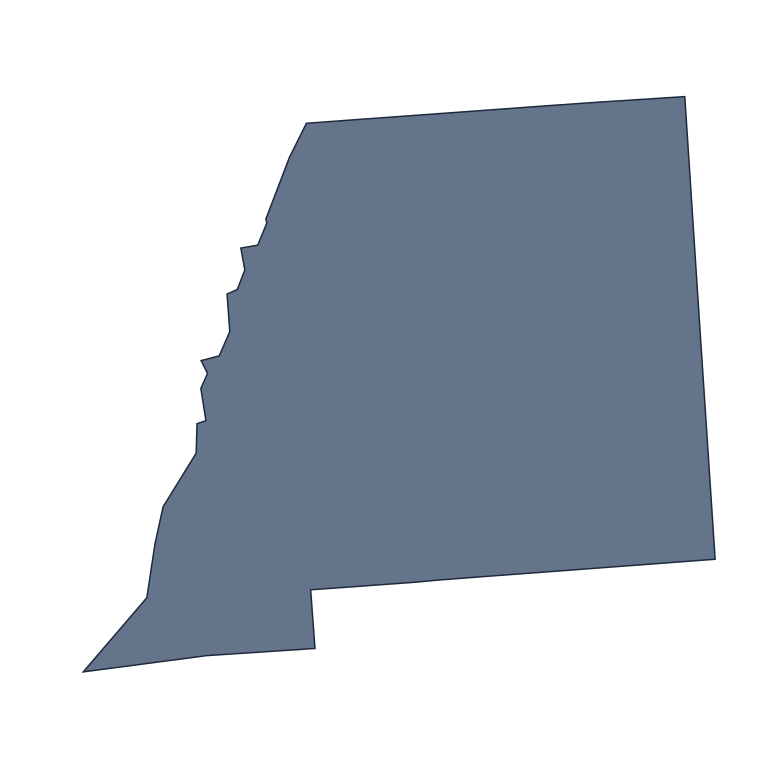 outline of Attala, Mississippi, United States of America, rotated 356°
{"feature_id": "52423323B11508580197102", "entity_name": "Attala", "entity_type": "district", "adm_level": 2, "iso_a3": "USA", "parent_name": "United States of America", "parent_adm1": "Mississippi", "projection": "equal_earth", "projection_center": [-89.691, 33.083], "detail": "fine", "context": "isolated", "style": "filled", "palette": "slate", "viewbox_px": 768, "rotation_deg": 356, "n_neighbors": 0, "source": "geoboundaries", "source_scale": "gbopen_adm2", "svg_char_len": 590}
<svg xmlns="http://www.w3.org/2000/svg" viewBox="0 0 768 768"><g transform="rotate(356 384 384)"><path d="M702.1,581.9L702.8,406.5L703.0,349.6L704.1,118.3L620.5,117.8L568.8,117.8L380.2,118.3L324.8,118.5L305.4,151.5L277.6,211.3L278.4,215.1L267.7,236.7L250.7,238.4L253.1,260.6L244.2,279.5L233.7,283.3L233.8,321.0L221.6,344.4L203.2,347.9L208.7,361.1L201.0,375.6L203.8,408.2L194.7,410.5L191.8,439.9L155.1,491.0L144.4,527.5L132.5,580.7L63.9,650.2L187.7,642.6L296.7,643.0L296.5,584.2L402.4,583.9L424.2,583.4L464.9,583.1L702.1,581.9Z" fill="#64748b" stroke="#1e293b" stroke-width="1.5"/></g></svg>